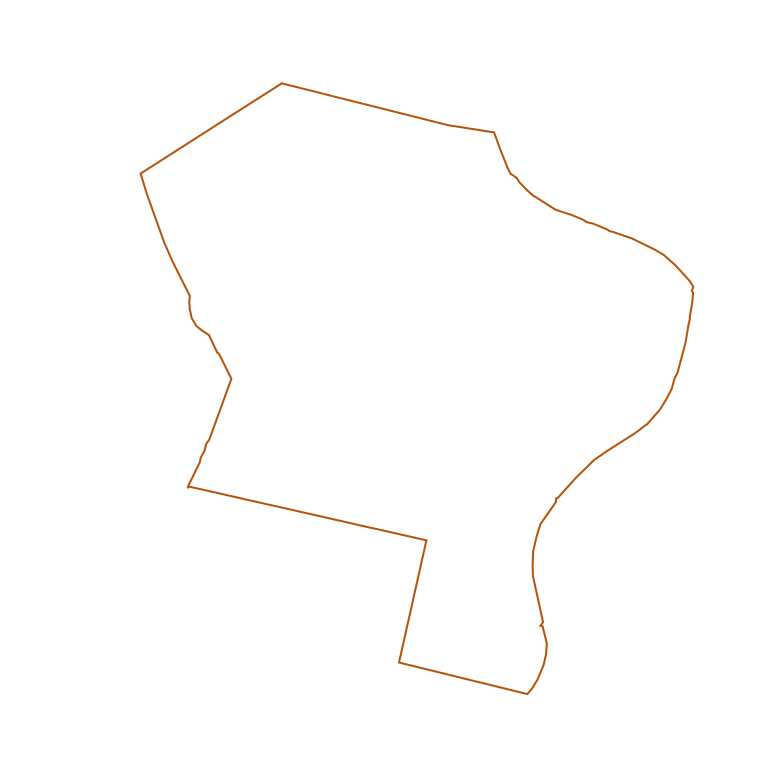 Jarra West, Lower River, Gambia (Mercator projection), rotated 103°
{"feature_id": "56634734B83949040016571", "entity_name": "Jarra West", "entity_type": "district", "adm_level": 2, "iso_a3": "GMB", "parent_name": "Gambia", "parent_adm1": "Lower River", "projection": "mercator", "projection_center": [-15.534, 13.437], "detail": "fine", "context": "isolated", "style": "outline", "palette": "amber", "viewbox_px": 768, "rotation_deg": 103, "n_neighbors": 0, "source": "geoboundaries", "source_scale": "gbopen_adm2", "svg_char_len": 1605}
<svg xmlns="http://www.w3.org/2000/svg" viewBox="0 0 768 768"><g transform="rotate(103 384 384)"><path d="M653.9,174.6L647.0,171.1L637.5,167.9L631.6,166.9L622.1,165.3L610.9,165.3L600.3,166.9L584.4,175.0L584.4,177.1L580.2,175.5L537.7,195.6L527.7,198.3L513.9,201.0L497.4,201.0L485.2,200.0L460.3,189.9L458.7,190.4L456.5,190.4L456.5,189.4L432.6,176.1L410.8,162.2L399.1,151.6L375.2,128.1L364.1,118.9L364.1,118.5L363.0,118.0L347.1,109.5L334.8,105.3L324.2,102.6L313.1,102.1L306.7,100.5L276.4,99.5L265.8,100.1L258.9,100.6L252.0,100.6L249.4,101.2L239.3,101.7L232.4,102.3L225.5,103.4L223.9,105.0L219.7,104.4L215.4,108.8L214.9,109.3L211.2,114.6L202.7,126.9L195.3,140.6L192.2,150.2L186.4,175.3L184.3,195.6L184.3,198.8L183.3,200.9L180.7,216.4L180.7,222.8L179.1,227.1L178.0,233.8L177.0,239.9L176.5,246.3L175.5,256.5L175.2,257.2L166.5,281.9L162.3,289.4L160.9,291.4L157.0,297.4L153.3,301.1L150.6,308.1L149.3,309.2L145.3,312.4L128.4,324.1L114.1,333.3L114.2,334.6L114.2,334.8L117.4,379.7L115.7,467.2L115.5,478.3L115.2,494.4L114.9,506.7L114.1,550.4L114.1,551.3L163.4,599.7L233.7,668.5L235.1,667.7L252.2,657.8L295.7,629.9L303.6,624.0L311.6,618.1L338.6,595.7L342.0,592.9L343.1,592.8L348.6,592.1L349.2,591.8L355.0,590.0L363.3,586.0L368.3,581.2L369.8,579.7L373.0,572.8L373.1,572.7L375.3,566.6L375.5,565.8L391.0,553.4L391.5,551.7L413.2,533.9L421.7,534.9L477.4,541.7L482.7,543.8L489.1,543.8L497.0,546.0L501.8,545.9L527.3,551.8L529.7,551.8L527.8,551.2L527.5,472.6L527.3,435.3L527.1,364.0L527.0,363.3L526.8,308.9L526.8,307.5L575.7,307.2L605.0,307.0L652.0,306.7L653.9,174.6Z" fill="none" stroke="#b45309" stroke-width="2"/></g></svg>